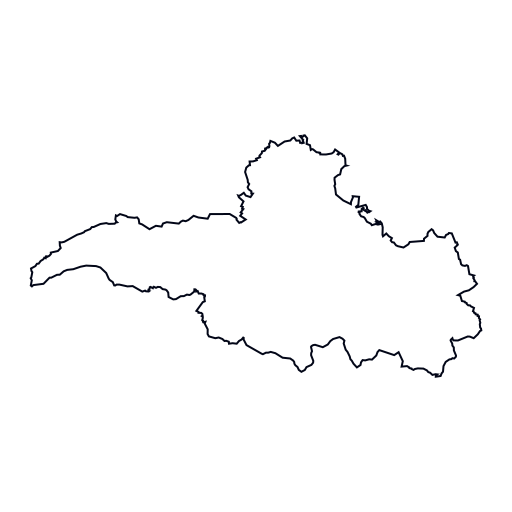 the district of Iara, Cluj, Romania
{"feature_id": "2599482B94451106433579", "entity_name": "Iara", "entity_type": "district", "adm_level": 2, "iso_a3": "ROU", "parent_name": "Romania", "parent_adm1": "Cluj", "projection": "natural_earth1", "projection_center": [23.508, 46.546], "detail": "fine", "context": "isolated", "style": "outline", "palette": "ink", "viewbox_px": 512, "rotation_deg": 0, "n_neighbors": 0, "source": "geoboundaries", "source_scale": "gbopen_adm2", "svg_char_len": 6081}
<svg xmlns="http://www.w3.org/2000/svg" viewBox="0 0 512 512"><path d="M435.8,376.7L440.6,376.0L441.6,373.4L443.0,371.7L443.5,366.1L445.7,361.9L449.4,359.4L451.4,359.1L452.4,358.2L454.2,358.5L455.9,356.7L456.0,355.5L453.9,350.5L453.8,347.4L452.4,345.6L452.2,343.5L450.6,340.5L450.8,339.7L452.4,338.2L452.8,339.6L453.7,340.4L457.9,340.5L467.7,336.5L469.8,336.6L473.7,338.2L477.8,334.3L480.0,331.0L481.3,330.4L481.0,328.5L480.2,327.6L479.8,324.2L480.3,322.8L479.6,320.1L480.1,319.4L478.9,318.0L479.0,316.3L477.6,316.0L477.7,314.7L475.6,314.3L475.5,313.3L474.1,312.8L473.6,311.4L473.0,311.2L474.0,307.9L470.8,306.3L470.0,305.4L468.2,305.3L466.7,303.9L466.6,303.0L465.0,302.4L464.8,301.7L461.9,301.0L460.3,295.7L458.0,295.1L464.0,291.6L468.9,290.3L473.6,287.1L477.0,283.8L475.0,281.1L474.4,281.1L474.5,280.1L473.3,278.1L473.8,277.7L473.1,276.2L474.0,275.5L469.4,274.2L468.0,266.0L466.7,265.2L465.0,265.9L462.4,265.4L461.1,264.2L460.1,259.7L458.9,259.0L457.8,252.5L455.9,251.1L454.7,247.6L457.5,245.1L457.3,244.6L457.7,244.4L456.8,242.3L455.5,242.6L451.8,233.4L448.9,233.0L448.1,234.1L446.1,234.9L444.7,237.5L437.5,236.7L434.2,233.0L433.1,230.4L431.6,229.2L428.3,232.0L427.5,233.8L427.5,235.9L424.0,238.7L423.9,240.9L409.7,242.0L408.4,244.3L403.5,247.5L397.9,246.2L396.0,245.3L393.9,242.5L392.1,242.2L390.7,240.5L391.9,238.1L388.8,236.2L386.3,233.5L383.0,236.3L382.5,234.8L382.7,227.3L381.8,223.4L380.2,221.5L379.3,222.1L376.2,220.2L376.8,221.6L376.2,221.9L379.7,224.2L377.9,224.6L375.6,224.0L371.8,225.2L370.8,223.7L366.9,221.7L364.8,218.1L363.6,217.0L361.1,216.3L359.5,214.0L359.6,212.8L358.6,212.2L358.7,211.5L361.6,211.3L361.7,208.9L363.1,207.8L363.7,208.2L362.9,209.3L365.2,210.9L365.6,210.4L367.3,212.6L368.4,211.7L369.0,212.2L370.4,211.2L368.8,210.7L367.0,208.8L367.0,207.1L365.7,204.9L356.4,207.5L356.0,206.8L358.3,204.9L359.1,196.8L352.7,196.2L352.9,197.5L351.0,202.0L350.9,204.2L343.3,200.5L336.0,194.5L335.2,188.4L334.4,185.9L335.2,184.2L334.5,179.8L334.6,177.7L338.0,175.1L340.1,174.4L341.3,169.1L344.4,166.1L346.5,165.6L345.5,165.3L345.2,158.7L344.0,155.7L342.9,155.9L342.3,154.3L339.9,153.0L338.4,154.6L337.7,154.2L339.3,152.6L335.1,149.5L333.6,152.2L331.7,153.5L325.9,154.5L320.3,154.4L320.2,153.0L319.6,153.0L319.6,152.6L316.5,152.2L313.1,149.4L312.1,149.1L310.8,149.9L310.0,145.2L306.6,143.9L307.2,138.3L304.8,135.3L303.7,135.5L303.8,135.9L302.4,136.9L301.2,135.9L299.9,136.1L303.1,139.8L302.7,140.2L303.7,142.8L302.5,143.1L302.6,142.5L300.2,142.9L299.5,140.5L296.3,140.7L294.2,137.5L292.2,138.4L290.3,140.5L284.6,141.5L277.9,145.9L274.9,142.7L270.4,140.9L269.9,142.9L269.1,143.8L269.4,146.1L269.1,147.3L268.2,147.6L267.7,147.0L265.7,148.5L264.3,148.6L265.9,149.2L264.7,150.8L262.0,151.5L261.8,153.2L259.5,155.6L259.4,156.4L260.0,157.3L256.1,158.7L256.8,160.2L253.0,161.4L249.6,161.5L250.0,165.2L248.9,165.3L246.3,167.6L245.1,172.0L247.7,179.9L247.9,182.3L249.2,184.0L247.6,187.2L248.6,189.3L251.4,191.3L251.3,193.4L252.9,193.6L250.5,197.1L245.8,195.6L243.8,192.8L241.1,194.8L239.0,195.9L238.2,195.6L238.9,197.3L243.5,201.4L241.1,206.2L242.8,206.9L242.1,208.7L243.3,209.1L240.7,212.4L242.1,213.4L240.2,215.8L245.7,219.5L241.0,222.5L240.5,222.2L239.2,222.9L236.5,219.7L236.7,218.7L236.2,217.9L229.7,214.0L210.0,214.1L207.7,218.7L198.4,217.5L193.6,215.8L188.4,220.0L185.7,221.2L182.9,220.6L180.9,221.6L178.8,223.6L166.8,222.2L163.0,223.5L161.6,226.6L155.9,225.8L149.5,229.2L142.1,224.4L139.3,223.4L138.7,219.3L137.1,217.4L134.5,217.8L127.7,217.1L126.3,216.0L120.0,214.1L117.1,216.0L115.9,215.4L115.3,219.4L116.1,221.4L117.1,222.3L115.7,222.6L114.7,223.7L108.8,223.9L106.3,223.1L100.4,224.0L93.7,227.0L91.8,227.1L90.2,229.1L84.8,231.2L84.1,232.2L81.2,233.5L77.2,234.7L64.3,241.8L61.7,242.4L59.7,242.2L59.9,245.7L60.7,248.0L57.9,251.0L50.8,252.6L50.9,254.0L49.4,255.7L47.0,257.0L46.7,256.3L45.9,256.4L45.6,258.2L44.3,257.7L43.3,259.3L40.6,261.0L38.7,263.6L36.9,263.8L35.4,266.1L31.0,268.5L31.5,271.1L32.3,272.2L31.3,277.4L30.7,278.2L31.8,280.3L30.8,285.5L31.9,286.4L33.3,285.1L43.5,283.8L49.5,277.7L51.2,277.7L57.0,274.8L59.8,274.7L63.7,271.3L67.2,269.9L73.3,269.2L80.6,266.7L86.2,265.6L96.1,266.1L100.4,267.5L106.2,273.0L108.7,278.6L109.6,279.9L112.8,282.1L114.2,285.4L115.2,285.5L116.6,284.6L119.4,284.6L127.5,286.4L132.7,286.1L142.3,291.6L145.1,290.6L145.9,291.3L148.7,291.5L149.2,291.1L148.4,290.9L148.5,289.5L149.5,289.1L149.8,287.2L150.4,286.9L152.5,288.0L152.5,287.5L153.4,287.6L153.9,286.8L156.0,287.8L157.8,286.9L160.3,287.1L162.6,289.1L165.5,289.6L166.6,290.3L168.2,292.5L168.6,297.0L173.3,299.4L176.0,299.1L180.7,296.2L183.9,296.1L186.9,294.6L189.4,295.0L190.5,294.6L194.2,291.6L194.4,289.3L195.5,289.4L196.3,290.2L196.3,291.5L197.7,291.1L198.7,293.5L201.3,293.5L203.4,294.2L203.5,295.0L205.0,295.3L204.9,296.6L204.2,297.0L204.8,301.3L202.8,302.1L196.4,310.9L198.5,311.9L198.5,312.8L201.2,312.9L202.3,313.8L202.6,315.5L201.8,316.1L202.8,316.8L202.8,318.0L202.2,320.1L203.1,320.7L202.9,321.7L203.3,322.3L205.4,321.8L204.7,323.5L207.7,329.3L207.6,334.0L208.9,336.4L215.3,338.2L218.7,337.5L222.4,339.0L224.5,341.0L226.2,340.8L228.8,341.7L229.0,343.7L232.6,343.2L236.7,343.7L239.0,341.0L241.6,339.5L243.2,337.6L243.7,337.9L243.6,339.5L246.5,345.1L261.6,353.7L262.9,354.2L265.9,352.7L268.1,352.7L270.7,351.9L275.4,353.2L282.6,357.7L290.2,358.5L293.2,360.6L294.2,362.0L294.4,363.7L295.3,365.2L297.5,367.0L298.8,369.9L301.4,371.8L304.8,370.0L306.5,367.1L311.4,364.9L313.1,362.7L313.3,360.9L311.1,355.2L311.2,353.1L312.0,351.2L311.0,346.9L311.5,346.1L313.2,345.1L315.1,344.8L322.8,347.2L327.8,344.5L330.3,341.1L333.1,339.0L339.5,337.1L342.5,338.7L344.4,340.6L343.7,343.5L345.7,349.7L347.5,351.9L349.7,356.4L350.4,359.2L351.8,360.7L353.5,363.7L356.9,367.4L360.5,365.0L361.0,362.4L362.6,360.1L365.2,360.4L369.2,359.3L372.0,359.6L376.3,355.5L377.5,352.1L379.3,350.1L394.2,355.1L398.6,352.2L402.8,361.2L401.6,366.6L407.0,366.1L409.2,367.4L409.4,368.1L411.5,368.5L411.6,369.0L413.5,369.9L414.9,369.0L417.8,368.4L423.4,368.6L426.9,370.4L428.3,372.1L430.1,372.7L432.4,374.9L435.5,374.2L437.2,374.4L435.9,375.3L435.8,376.7Z" fill="none" stroke="#020617" stroke-width="2"/></svg>